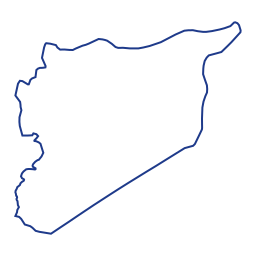 map outline of Syria (Natural Earth projection)
{"feature_id": "SYR", "entity_name": "Syria", "entity_type": "country or territory", "adm_level": 0, "iso_a3": "SYR", "parent_name": "Asia", "parent_adm1": "", "projection": "natural_earth1", "projection_center": [38.0, 34.807], "detail": "fine", "context": "isolated", "style": "outline", "palette": "blue", "viewbox_px": 256, "rotation_deg": 0, "n_neighbors": 0, "source": "natural_earth", "source_scale": "50m", "svg_char_len": 2015}
<svg xmlns="http://www.w3.org/2000/svg" viewBox="0 0 256 256"><path d="M19.9,80.8L22.4,81.1L27.9,84.4L28.8,84.3L30.4,79.9L32.1,78.4L35.5,77.1L36.4,70.0L38.0,68.6L39.9,67.9L42.8,67.8L45.4,67.4L45.6,66.1L42.0,57.9L42.4,55.8L44.1,47.5L45.2,44.3L46.2,43.2L50.3,43.7L55.9,45.1L57.4,47.5L60.1,49.6L64.3,49.5L69.0,49.9L72.8,50.0L75.8,48.5L82.5,45.7L85.8,44.8L88.8,43.6L98.6,39.0L102.5,39.4L105.1,40.0L107.2,40.7L111.8,43.8L115.5,47.0L118.2,47.9L123.0,47.8L129.9,48.4L138.4,48.4L143.3,47.5L149.6,46.0L160.8,42.2L175.6,34.5L184.3,30.7L188.0,30.3L192.9,30.2L197.8,31.2L203.3,31.9L205.9,31.9L211.9,31.1L219.6,29.5L224.5,28.2L230.4,26.1L234.0,22.6L235.2,22.3L236.7,22.9L237.4,23.2L239.0,25.1L240.6,30.3L240.6,30.8L240.4,32.3L236.6,36.5L231.4,42.2L227.7,45.9L221.4,52.0L216.7,53.3L208.8,55.4L206.7,57.6L204.7,61.0L203.6,65.7L203.3,68.7L203.1,74.2L205.0,79.9L206.9,85.3L207.2,89.0L207.0,92.5L205.3,96.3L203.5,101.6L202.4,107.5L202.0,118.6L202.1,128.0L201.9,129.5L198.7,136.2L194.9,144.0L193.1,145.8L184.7,148.1L175.5,153.8L165.2,160.2L155.9,166.0L146.0,172.0L135.8,178.3L128.5,182.8L118.8,188.9L109.9,194.6L100.8,200.5L94.0,204.9L83.5,211.9L77.4,216.0L68.4,222.1L60.4,227.4L51.0,233.7L39.3,231.8L35.6,230.8L32.5,227.8L30.3,226.2L24.8,224.5L21.2,218.9L19.1,216.9L15.4,216.0L17.0,212.3L17.3,210.0L18.9,207.1L17.9,205.1L17.5,201.1L16.8,200.1L16.5,199.0L17.1,197.7L16.9,196.4L16.2,195.8L15.9,193.8L15.4,192.3L15.7,190.5L16.5,189.3L17.4,187.0L18.4,186.3L20.0,184.9L20.4,183.4L21.8,182.0L23.7,180.8L24.1,179.8L23.9,179.3L22.0,178.2L21.0,176.3L21.9,173.6L22.5,172.7L23.6,171.4L26.2,169.3L28.2,169.0L29.9,169.0L32.8,169.2L35.0,169.5L35.6,169.0L35.5,168.3L32.8,166.7L32.6,165.4L33.3,163.9L35.3,161.7L37.6,160.1L38.8,159.8L41.5,156.5L43.3,152.8L40.5,143.8L38.8,142.4L36.1,141.2L34.5,141.0L34.4,140.4L36.6,138.1L38.1,136.1L36.4,134.2L33.4,133.4L32.3,135.3L28.4,135.5L22.4,135.5L19.8,126.0L19.4,121.9L19.5,117.2L21.4,110.2L20.6,107.0L20.5,104.8L20.1,101.9L15.4,95.5L18.0,83.7L19.9,80.8Z" fill="none" stroke="#1e3a8a" stroke-width="2"/></svg>